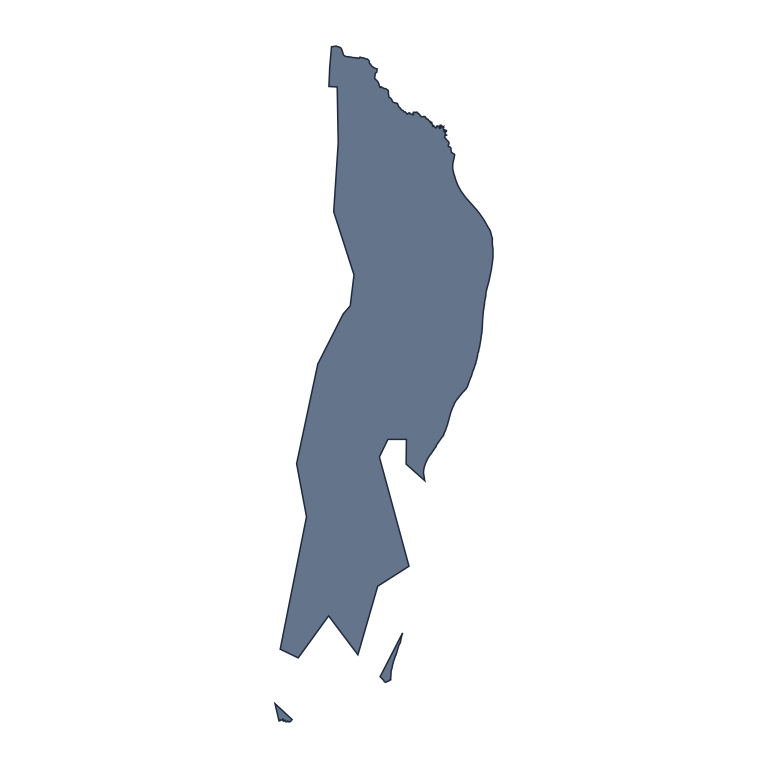 Aurukun, Queensland, Australia (Natural Earth projection), rotated 180°
{"feature_id": "25037944B73642390976852", "entity_name": "Aurukun", "entity_type": "district", "adm_level": 2, "iso_a3": "AUS", "parent_name": "Australia", "parent_adm1": "Queensland", "projection": "natural_earth1", "projection_center": [141.751, -13.513], "detail": "fine", "context": "isolated", "style": "filled", "palette": "slate", "viewbox_px": 768, "rotation_deg": 180, "n_neighbors": 0, "source": "geoboundaries", "source_scale": "gbopen_adm2", "svg_char_len": 6059}
<svg xmlns="http://www.w3.org/2000/svg" viewBox="0 0 768 768"><g transform="rotate(180 384 384)"><path d="M390.3,181.8L359.0,201.8L388.6,311.0L380.1,328.6L361.6,328.6L361.9,303.9L343.2,287.3L343.7,289.6L343.7,290.7L343.9,291.2L344.5,295.1L344.5,295.9L344.3,297.8L343.7,301.0L342.6,304.4L340.3,309.4L338.0,313.0L337.2,313.8L334.5,317.8L333.0,320.1L332.2,321.0L331.8,321.6L331.8,322.1L331.9,322.3L325.8,331.1L324.7,332.1L324.0,334.0L323.6,335.6L323.1,336.1L322.5,337.6L320.9,342.4L320.5,343.4L319.7,346.5L319.2,347.9L319.0,349.1L317.9,353.0L317.7,354.2L317.4,354.9L316.8,356.7L316.5,357.4L316.3,358.1L315.7,359.4L315.1,361.0L314.3,362.5L313.4,364.9L312.3,366.7L311.1,368.5L310.1,369.5L309.0,371.1L308.7,371.7L308.1,372.2L305.4,375.5L304.0,376.9L303.8,377.0L303.1,378.0L302.3,378.6L301.8,379.3L300.4,381.8L298.8,386.5L297.2,390.7L296.6,391.8L295.3,396.6L294.5,398.2L293.5,401.1L293.0,402.8L292.1,405.0L291.9,406.7L291.5,407.5L290.6,411.5L290.1,415.0L289.7,415.6L289.4,416.6L288.9,419.6L288.5,420.7L287.2,428.3L286.5,433.6L286.1,435.3L286.0,436.4L286.0,437.3L285.7,440.3L285.4,447.9L285.1,450.5L285.1,452.2L284.9,453.5L284.9,454.8L284.5,457.6L284.2,459.1L283.5,464.2L283.5,465.6L283.0,468.2L282.2,471.9L282.1,472.9L282.0,475.6L280.4,481.9L278.9,487.4L276.6,498.5L276.1,502.5L275.9,503.3L275.6,506.1L275.2,508.6L275.0,511.1L275.0,519.0L275.6,523.1L275.7,527.6L275.7,528.5L275.5,529.2L275.5,529.5L275.6,529.9L276.0,530.3L277.1,535.2L277.9,537.6L278.5,538.6L279.6,540.2L283.7,547.6L288.7,554.8L290.2,556.7L294.1,561.3L298.7,566.4L299.9,567.9L300.9,568.8L303.1,571.5L307.1,577.1L310.1,582.6L312.2,587.9L313.7,593.0L314.4,594.2L314.3,595.1L314.4,595.7L315.1,598.1L315.3,599.4L315.3,602.6L315.1,604.6L314.8,606.2L313.7,610.8L313.6,611.9L313.5,612.2L313.3,613.3L313.4,613.5L314.2,614.3L314.6,614.4L316.1,615.3L316.4,615.7L316.6,616.2L316.9,617.2L317.1,620.1L318.6,621.4L318.9,621.3L319.3,621.4L319.8,622.0L319.8,622.8L319.2,623.7L319.0,624.3L319.0,625.3L319.3,626.1L320.3,627.2L321.2,627.9L322.0,629.1L323.5,630.6L323.4,630.7L323.1,631.5L323.1,632.4L323.1,632.8L322.9,633.0L322.5,633.2L322.2,632.8L321.9,632.7L321.4,632.7L321.3,632.8L321.4,633.0L322.0,633.2L322.2,633.4L322.7,634.1L323.0,634.9L322.9,635.3L322.5,636.0L321.7,636.3L321.5,637.5L322.3,637.9L322.5,637.9L323.3,636.7L324.0,636.5L324.2,636.8L324.2,637.2L323.8,638.3L324.0,638.6L324.6,639.0L324.8,639.6L324.7,640.0L324.3,640.4L324.6,640.7L324.5,641.2L325.0,640.7L325.4,640.6L325.8,641.1L325.9,641.6L326.3,641.3L326.5,641.3L326.7,641.6L326.7,642.1L326.5,642.4L326.6,642.6L327.0,642.8L327.8,642.9L328.1,642.6L328.0,641.7L328.1,641.4L327.6,640.9L327.4,640.2L327.9,639.6L328.2,639.5L328.7,639.9L328.9,640.8L329.3,641.5L329.6,641.7L330.6,642.2L330.8,642.2L331.2,641.8L331.4,640.6L332.0,640.1L332.4,640.1L332.7,640.3L333.4,641.5L334.1,642.1L334.4,642.0L334.8,641.6L335.2,641.6L335.4,642.2L335.0,642.5L335.0,642.8L335.5,643.2L335.8,644.0L336.3,644.5L336.2,645.5L336.3,645.7L336.5,645.6L336.8,645.8L337.0,645.8L337.1,645.5L337.1,645.1L337.3,645.0L337.5,645.4L337.2,645.8L337.5,646.1L337.7,646.5L338.3,646.5L338.5,646.9L339.4,647.7L340.2,648.9L340.6,649.0L340.9,648.9L341.9,649.4L342.3,649.9L342.1,650.5L342.8,651.0L342.9,651.3L343.2,651.5L343.6,651.4L344.1,651.6L344.5,651.6L344.9,651.3L345.7,651.0L346.4,651.1L347.4,652.2L347.9,652.5L348.3,653.3L348.8,653.9L349.1,654.0L349.8,654.7L350.6,655.1L350.7,655.6L351.1,655.9L352.4,655.6L352.9,655.7L354.4,655.8L354.8,655.3L354.7,654.6L354.9,654.3L354.6,654.0L354.5,653.7L354.9,653.7L355.1,653.4L355.3,653.8L355.5,653.9L356.0,653.9L356.8,653.6L357.7,654.2L358.1,654.3L358.2,654.6L358.4,654.4L358.5,654.4L358.6,654.9L358.8,655.2L359.0,655.2L359.2,654.8L359.6,654.6L359.9,654.6L360.2,654.5L360.6,653.9L361.5,654.4L361.9,655.2L362.6,656.0L362.9,656.1L363.8,656.1L365.0,657.4L367.0,658.7L367.6,659.9L368.9,660.8L370.5,664.2L370.5,664.3L370.8,664.7L371.8,665.0L373.3,665.0L373.5,665.2L374.6,665.7L375.5,666.4L375.9,667.3L376.2,668.4L377.1,669.5L378.1,670.4L379.2,670.9L379.2,672.7L379.6,673.5L379.5,675.1L379.7,676.1L379.6,676.9L380.1,677.9L381.9,679.1L382.3,679.3L384.4,679.7L384.9,680.1L385.4,680.2L387.0,681.3L387.4,680.9L387.5,680.6L388.0,680.6L388.5,681.5L389.0,683.7L389.3,684.2L389.3,684.7L390.2,686.3L390.8,687.1L391.5,687.6L392.6,689.0L393.1,689.2L393.3,689.6L393.3,690.8L392.8,692.9L393.0,693.9L392.9,694.3L392.3,695.1L391.4,695.5L391.2,695.8L390.9,698.7L390.9,699.2L392.0,699.4L393.3,699.9L394.2,700.4L395.1,701.1L395.7,701.3L396.1,701.8L396.7,702.3L397.4,703.8L398.5,704.5L398.6,704.9L398.6,706.5L399.7,708.2L400.4,708.7L401.0,709.1L401.4,709.0L403.6,709.7L404.7,710.2L405.1,710.1L406.5,710.3L407.8,710.9L408.3,710.7L408.8,709.8L409.6,709.6L410.5,710.2L411.5,710.0L413.1,710.4L414.9,710.4L417.2,711.0L418.3,710.9L419.4,711.4L420.7,711.2L422.6,711.7L423.7,712.3L424.6,713.3L425.0,714.3L425.0,714.9L425.5,716.2L426.1,718.3L426.6,719.2L427.4,720.3L427.6,720.5L428.6,720.6L429.4,721.2L430.7,721.4L431.6,721.9L432.6,721.9L433.7,721.7L435.1,721.3L436.5,721.3L438.3,700.7L439.1,681.5L430.8,681.0L429.8,625.1L434.3,556.3L414.0,493.1L417.8,462.1L424.8,454.1L450.2,404.0L471.4,304.3L461.5,251.2L487.8,118.8L469.8,110.1L439.4,152.1L410.1,113.2L408.3,119.3L390.3,181.8ZM365.5,134.4L365.7,134.5L387.9,91.3L384.5,87.9L384.5,87.7L384.4,87.3L383.7,86.8L383.2,86.1L382.5,85.7L382.2,85.7L380.1,86.8L379.1,87.0L378.3,87.8L377.8,87.9L377.7,88.0L377.9,88.3L377.7,88.9L377.4,88.4L377.2,88.4L377.4,89.2L377.1,91.8L376.9,95.8L376.8,97.3L375.8,100.5L375.4,103.3L374.9,104.6L374.7,106.0L373.8,108.2L373.6,109.1L373.1,110.4L372.8,111.6L371.9,113.4L369.2,122.4L368.8,123.4L367.9,124.8L367.6,125.6L367.2,128.1L366.6,130.5L366.3,131.9L366.2,132.6L365.8,133.3L365.5,134.4ZM493.0,64.3L489.0,47.1L488.5,47.0L488.2,47.1L488.0,47.4L488.1,47.8L487.9,48.0L487.1,47.8L486.7,48.0L486.0,48.0L485.6,48.3L485.3,49.0L485.1,49.0L485.0,48.8L484.9,48.6L485.2,48.0L485.1,47.4L485.0,47.2L484.3,46.8L483.9,47.0L483.3,47.7L482.9,47.8L482.6,47.4L482.4,46.4L482.2,46.2L480.9,46.3L480.2,46.9L479.6,46.2L479.2,46.1L477.6,46.4L477.1,46.9L475.9,48.5L493.0,64.3Z" fill="#64748b" stroke="#1e293b" stroke-width="1.5"/></g></svg>